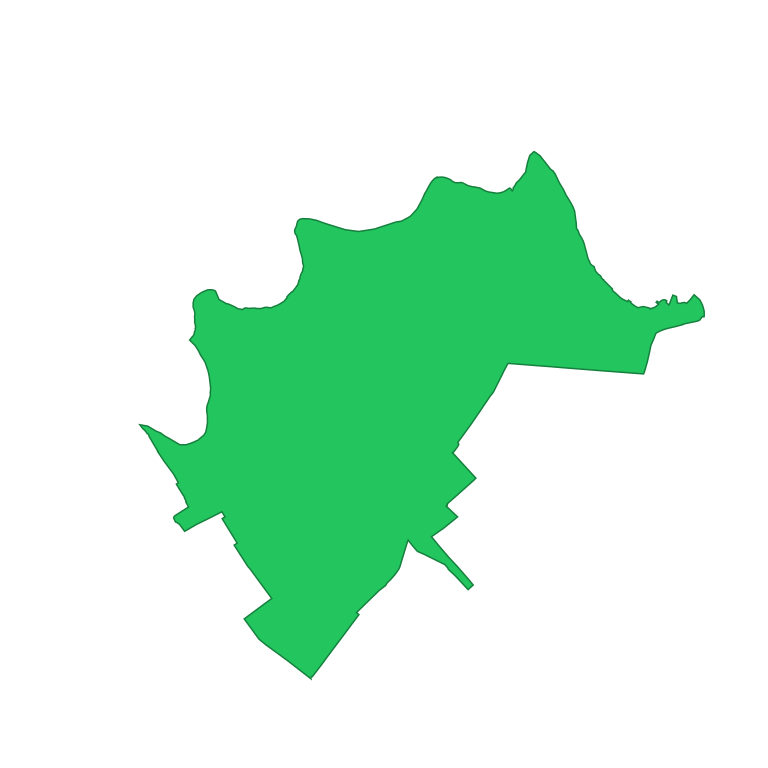 outline of Cernica, Ilfov, Romania, rotated 311°
{"feature_id": "2599482B37635492647761", "entity_name": "Cernica", "entity_type": "district", "adm_level": 2, "iso_a3": "ROU", "parent_name": "Romania", "parent_adm1": "Ilfov", "projection": "albers", "projection_center": [26.245, 44.422], "detail": "fine", "context": "isolated", "style": "filled", "palette": "green", "viewbox_px": 768, "rotation_deg": 311, "n_neighbors": 0, "source": "geoboundaries", "source_scale": "gbopen_adm2", "svg_char_len": 6171}
<svg xmlns="http://www.w3.org/2000/svg" viewBox="0 0 768 768"><g transform="rotate(311 384 384)"><path d="M654.8,559.5L652.1,559.6L647.8,559.8L643.4,559.5L643.4,559.0L642.6,557.3L641.3,556.0L639.5,554.9L638.6,553.9L637.7,552.2L641.9,547.3L640.6,543.7L632.0,546.8L630.6,547.1L630.6,543.4L632.3,542.9L632.0,541.0L631.0,539.8L630.2,539.2L629.0,538.6L625.8,538.2L625.7,535.8L624.2,535.8L624.2,538.9L620.0,538.2L615.4,535.7L615.7,535.2L615.1,533.7L612.5,528.8L608.2,525.6L607.6,522.9L607.2,519.4L607.2,516.7L608.0,516.5L607.6,513.4L606.0,513.7L604.7,509.0L604.3,506.3L604.3,504.5L604.5,499.3L604.4,495.6L605.1,494.3L605.4,494.3L605.6,493.9L606.4,482.1L606.8,481.3L606.5,480.9L606.8,478.3L607.4,477.4L607.7,476.1L607.4,473.6L608.0,469.6L609.8,466.5L610.4,465.7L610.0,462.9L610.1,461.0L611.6,458.1L612.1,456.5L613.6,454.1L616.4,450.1L619.6,445.3L621.3,442.8L622.6,440.5L624.0,436.9L625.1,433.3L627.2,429.6L627.6,427.4L632.1,422.9L634.5,420.1L639.5,414.5L640.5,412.6L641.8,410.1L643.8,404.7L646.0,397.5L648.5,391.8L650.8,384.6L653.6,378.1L655.0,374.9L655.0,374.0L655.7,372.3L655.4,369.1L655.8,366.2L656.3,364.2L656.6,362.3L657.1,360.0L658.1,354.5L658.6,352.4L658.2,346.5L657.7,344.7L657.0,344.6L652.0,344.1L645.2,347.1L643.2,348.2L640.0,350.0L636.8,351.9L634.4,351.9L632.3,352.0L629.3,352.2L627.0,352.3L622.6,351.9L618.8,352.8L617.1,352.7L616.1,353.4L615.1,354.0L613.8,354.0L614.0,353.1L614.5,351.8L614.5,350.7L614.1,350.1L613.5,349.9L611.9,349.6L608.0,348.4L604.8,346.5L602.1,344.1L597.7,337.2L596.2,333.8L595.7,331.6L595.3,329.7L594.9,327.9L593.7,325.8L592.2,323.2L590.9,321.4L588.9,317.4L588.4,315.4L587.5,311.8L586.7,310.0L584.5,307.9L582.7,305.7L582.1,303.9L581.8,302.1L581.9,300.7L581.7,299.8L581.2,298.0L580.6,296.3L580.1,295.1L579.3,293.6L578.3,292.1L576.3,289.9L574.7,288.9L575.0,288.3L572.5,287.5L571.2,287.3L569.2,287.2L566.2,287.4L563.5,287.9L560.4,288.6L558.0,289.2L554.4,289.8L550.7,291.0L546.9,292.1L537.8,294.1L528.1,293.9L524.7,292.8L518.3,290.3L514.0,286.7L511.1,284.9L508.0,283.1L503.0,280.1L497.2,276.6L494.9,275.3L486.8,268.5L482.6,264.9L479.3,260.1L478.9,259.4L478.4,258.6L478.0,258.1L475.9,254.8L475.8,254.7L475.0,253.5L474.6,252.5L472.1,246.9L471.4,245.3L469.8,241.6L468.6,239.0L467.4,236.2L465.8,232.4L463.3,225.8L459.9,219.7L455.5,214.2L453.0,212.3L450.4,212.0L448.9,212.6L447.4,213.4L446.2,214.1L445.1,214.5L443.8,214.9L442.6,215.2L441.4,215.7L440.5,216.5L439.1,218.5L438.7,220.6L436.4,224.1L434.7,226.4L433.0,228.8L429.8,232.9L427.1,237.2L425.1,240.1L423.6,241.6L421.7,243.6L420.9,245.0L420.2,245.8L419.8,246.4L418.8,246.7L417.2,247.5L416.5,248.2L412.8,249.2L410.4,250.1L409.0,250.9L408.5,251.5L406.4,251.8L405.6,252.3L402.5,253.7L401.8,253.9L400.5,253.8L399.7,254.1L398.1,254.2L397.2,254.2L395.7,254.3L394.2,254.5L392.8,253.9L390.4,253.7L388.7,253.5L386.0,253.6L385.5,254.2L384.0,254.2L381.6,254.3L380.6,254.3L378.8,253.7L375.4,252.6L373.1,251.7L371.1,250.5L367.8,249.0L366.8,247.9L365.9,246.8L365.6,245.9L363.4,243.6L362.3,243.0L360.8,242.1L359.2,240.5L357.3,238.1L356.4,236.5L352.3,232.3L351.6,231.1L350.9,229.9L349.4,228.8L347.2,228.3L346.7,227.2L346.0,225.9L345.0,224.8L344.8,223.2L344.5,221.9L344.1,219.9L343.6,218.4L343.0,216.3L342.3,214.1L341.2,212.3L340.7,209.6L340.1,207.0L339.6,203.8L342.1,199.0L343.6,195.8L342.8,193.2L341.5,191.4L339.3,189.1L335.1,187.0L332.1,185.9L327.7,184.8L323.2,185.0L320.1,186.7L316.8,189.5L315.4,192.0L314.4,193.5L312.9,195.3L310.8,196.6L308.2,199.1L306.3,200.7L304.5,203.2L303.2,204.6L302.0,205.1L301.0,206.2L298.7,206.9L297.0,208.0L295.2,208.4L294.0,208.3L292.7,208.3L289.6,208.5L289.1,216.5L287.4,222.1L285.4,226.8L283.9,232.1L283.1,234.5L281.4,237.6L278.4,242.7L275.3,246.9L269.7,253.1L266.6,256.4L263.5,258.5L261.4,260.5L255.1,263.3L251.3,264.8L248.1,267.1L244.2,271.5L239.0,276.1L234.6,278.9L231.0,280.9L227.8,281.6L226.0,281.4L221.8,280.7L219.8,280.5L215.3,278.5L212.1,276.8L208.3,274.5L204.2,269.7L201.7,256.2L201.0,253.6L200.5,247.5L198.9,242.9L197.2,233.3L193.1,226.5L192.7,228.4L192.2,230.5L191.9,235.0L191.2,237.9L191.5,239.4L190.1,241.6L189.5,243.5L184.8,257.6L184.5,257.5L181.3,269.2L180.8,271.6L178.1,283.7L177.9,284.5L174.8,292.9L174.5,293.6L172.2,293.0L171.8,294.2L171.5,295.2L170.9,297.0L170.7,297.5L170.2,299.4L169.4,301.9L169.2,302.4L168.8,304.0L168.6,304.5L168.3,305.0L168.2,305.9L167.9,307.2L167.4,308.2L167.1,308.1L166.4,309.8L165.6,311.7L165.4,312.2L164.9,312.0L163.3,316.2L162.9,317.2L156.0,315.1L152.1,314.0L148.0,312.8L146.4,312.5L144.8,313.2L143.1,317.2L143.6,318.9L143.8,320.0L143.8,322.1L143.7,322.8L142.0,330.2L154.9,334.6L155.6,334.9L166.1,339.3L181.2,345.5L179.4,351.2L176.2,350.2L167.7,377.2L167.5,377.6L167.4,377.6L167.2,377.5L166.1,377.2L164.1,376.6L157.0,400.8L156.5,404.5L152.6,421.7L148.5,440.0L139.2,437.9L115.0,432.6L109.4,457.2L109.7,466.6L111.9,492.0L113.6,522.2L114.1,521.5L116.2,521.4L116.2,521.9L116.3,521.9L123.2,521.5L127.9,521.2L132.5,520.9L135.3,520.7L139.5,520.3L147.7,519.7L167.6,518.3L180.6,517.3L193.5,516.4L193.5,513.2L225.0,515.8L232.8,517.4L236.1,516.9L241.0,517.3L247.8,517.3L254.3,516.6L256.9,515.7L265.3,511.9L276.5,506.9L277.5,506.4L278.6,506.0L280.0,505.3L281.2,505.1L282.0,504.7L280.5,512.5L279.6,519.1L281.6,525.4L287.6,548.4L287.1,552.6L286.3,554.2L286.0,563.5L284.0,582.4L290.8,583.2L292.1,575.5L294.4,558.9L295.7,546.4L298.0,531.0L299.9,520.0L314.8,523.7L332.0,526.7L332.6,511.2L333.6,511.5L334.5,511.0L334.5,510.3L335.8,510.5L338.6,510.8L340.4,511.1L341.8,511.2L342.7,511.4L348.1,512.1L370.0,514.9L373.2,515.1L377.1,480.8L378.6,481.2L380.0,481.1L382.3,480.9L383.7,480.8L385.2,480.7L387.6,480.0L388.2,478.1L388.3,478.1L390.3,477.9L396.0,477.4L411.8,476.0L426.5,474.3L432.8,473.5L439.8,472.7L443.6,472.2L449.5,471.9L468.4,467.1L471.1,466.3L480.2,464.2L481.1,464.3L500.8,490.9L504.5,495.8L513.0,507.4L532.9,534.3L535.7,538.1L561.9,573.3L564.9,572.2L573.5,568.2L580.4,564.5L588.3,560.1L595.9,557.7L599.2,556.4L601.1,556.0L604.7,557.4L608.2,559.2L611.5,561.2L618.3,566.1L621.8,568.5L624.6,570.4L625.4,570.8L625.6,570.6L632.1,575.5L635.5,578.1L637.8,579.7L639.6,580.4L643.5,580.0L644.5,581.3L644.7,581.5L645.8,580.7L648.7,578.2L649.9,576.6L652.4,572.8L653.9,569.2L654.7,567.1L654.8,559.5Z" fill="#22c55e" stroke="#15803d" stroke-width="1.5"/></g></svg>